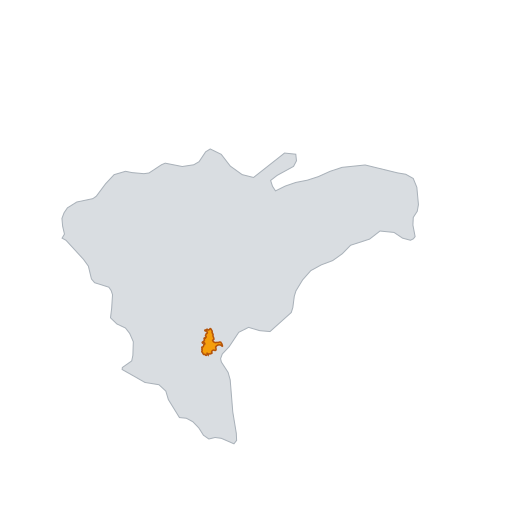 location of Vicente Noble, Barahona, Dominican Republic, rotated 327°
{"feature_id": "3306468B17851422898431", "entity_name": "Vicente Noble", "entity_type": "district", "adm_level": 2, "iso_a3": "DOM", "parent_name": "Dominican Republic", "parent_adm1": "Barahona", "projection": "equal_earth", "projection_center": [-71.08, 18.413], "detail": "fine", "context": "in_parent", "style": "filled", "palette": "amber", "viewbox_px": 512, "rotation_deg": 327, "n_neighbors": 0, "source": "geoboundaries", "source_scale": "gbopen_adm2", "svg_char_len": 5603}
<svg xmlns="http://www.w3.org/2000/svg" viewBox="0 0 512 512"><g transform="rotate(327 256 256)"><path d="M103.8,349.8L104.3,328.7L106.8,320.2L104.5,311.1L94.0,301.6L87.6,289.2L81.9,278.3L83.2,276.7L94.6,276.3L98.6,272.3L106.4,261.1L107.9,252.1L107.3,245.3L102.3,237.2L100.3,228.6L106.5,221.2L114.6,210.3L115.7,206.1L115.6,202.0L106.1,190.5L105.5,185.6L109.9,173.2L109.5,164.9L105.2,139.3L103.1,135.4L107.3,133.3L110.1,125.6L113.7,118.8L118.6,115.2L124.1,112.9L135.1,113.1L150.3,119.0L154.6,118.9L169.2,113.5L181.3,110.5L192.7,113.9L197.4,118.5L206.8,125.9L211.5,128.1L226.4,128.0L230.4,128.7L242.9,140.8L253.5,145.6L259.6,145.9L270.5,141.2L275.9,141.3L282.2,151.8L283.4,166.6L288.7,180.2L296.7,188.8L336.0,185.2L344.8,192.3L341.8,198.2L336.3,201.3L317.6,199.9L309.4,200.6L307.8,206.5L307.8,212.0L318.7,213.3L329.5,216.0L340.4,220.4L351.6,223.4L364.1,225.3L376.4,228.5L397.1,239.1L420.0,263.4L426.1,269.0L430.1,276.6L428.3,286.0L420.2,301.4L415.6,306.3L408.9,309.3L404.4,315.6L400.0,326.4L397.3,327.3L394.1,326.9L388.6,320.8L384.6,311.4L373.6,302.6L360.5,303.7L341.2,298.5L329.6,301.1L317.9,301.6L306.0,299.0L294.0,298.1L282.1,301.4L270.5,307.0L266.2,310.6L258.8,319.3L254.8,322.6L226.6,327.0L218.4,320.6L210.9,311.8L200.0,310.6L184.2,317.4L174.4,319.8L170.4,322.8L169.2,326.1L169.2,338.4L166.9,345.8L151.6,374.1L142.9,394.0L139.3,400.1L135.2,401.5L127.6,390.0L122.8,385.9L116.8,383.8L114.3,377.7L114.4,369.1L112.8,360.7L109.2,354.1L103.8,349.8Z" fill="#d9dde1" stroke="#a8b0b8" stroke-width="1"/><path d="M175.1,290.7L174.7,290.8L174.4,290.8L174.2,290.8L173.9,290.7L173.7,290.6L173.3,290.6L173.2,290.6L172.9,290.4L172.8,290.5L172.6,290.5L172.5,290.8L172.5,291.0L172.6,291.3L172.8,291.5L173.0,291.5L173.4,291.5L173.5,291.5L173.8,291.8L173.8,292.0L173.8,292.3L173.7,292.5L173.6,292.9L173.6,293.4L173.5,293.5L173.5,293.8L173.4,293.9L173.3,294.0L173.2,294.0L172.9,294.2L172.7,294.2L172.4,294.1L172.1,294.0L171.9,294.1L171.5,294.5L171.3,294.6L171.2,294.7L170.8,294.8L170.7,294.9L170.5,295.0L170.4,295.1L170.3,295.4L170.2,295.5L170.3,295.8L170.3,296.1L170.3,296.4L170.2,296.7L170.1,296.8L169.9,296.9L169.6,296.9L169.4,296.9L169.4,297.0L168.9,297.3L168.7,297.4L168.5,297.2L168.4,296.9L168.3,296.7L168.2,296.6L167.9,296.6L167.7,296.7L167.6,296.9L167.5,297.0L167.4,297.1L167.4,297.3L167.3,297.5L167.1,298.0L167.0,298.4L167.0,298.5L166.9,298.6L166.4,298.7L166.2,298.8L165.9,298.9L165.7,299.0L165.4,299.0L164.5,299.0L164.3,299.0L164.1,299.0L163.9,299.1L163.7,299.4L163.7,299.6L163.7,299.8L163.7,300.0L163.8,300.2L163.9,300.3L164.0,300.4L164.3,300.3L164.5,300.1L164.9,300.1L165.0,300.1L165.3,300.3L165.3,300.5L165.5,300.9L165.5,301.1L165.5,301.3L165.4,301.6L165.2,301.8L165.0,302.0L164.9,302.1L164.7,302.2L164.3,302.0L164.2,302.0L163.9,302.0L163.7,302.1L163.4,302.5L163.1,302.7L162.6,303.1L162.5,303.3L162.3,303.3L162.2,303.3L161.8,303.3L161.7,303.2L161.4,303.0L161.2,302.9L160.9,303.0L160.7,303.2L160.6,303.3L160.6,303.5L160.6,303.9L160.5,304.0L160.4,304.3L160.1,304.4L160.0,304.5L159.9,304.6L159.8,304.8L159.7,304.9L159.7,305.5L159.5,305.8L159.2,305.9L159.1,306.0L158.8,306.4L158.5,306.6L158.4,306.8L158.4,307.0L158.4,307.3L158.5,307.6L158.5,307.8L158.6,308.0L158.5,308.3L158.4,308.6L158.4,308.8L158.4,309.0L158.4,309.3L158.4,309.5L158.4,309.8L158.4,310.0L158.5,310.1L158.7,310.3L158.8,310.4L159.0,310.4L159.3,310.5L159.5,310.5L159.7,310.8L159.7,311.0L159.7,311.6L159.7,311.8L159.8,311.9L159.9,312.0L160.0,312.2L160.2,312.3L160.3,312.3L160.5,312.3L160.9,312.3L161.1,312.3L161.3,312.2L161.5,311.7L161.6,311.4L161.7,311.2L161.8,311.1L162.0,310.9L162.1,311.0L162.3,311.2L162.3,311.3L162.3,311.8L162.2,312.9L162.7,312.5L162.8,312.4L163.0,312.4L163.3,312.5L163.7,312.7L164.0,313.0L164.5,313.3L164.8,313.4L165.1,313.4L165.9,313.5L166.2,313.4L166.3,313.4L166.4,313.2L166.3,312.7L166.3,312.4L166.7,312.1L167.0,311.9L167.3,311.7L167.5,311.7L167.9,311.6L168.7,311.6L168.9,311.7L169.0,311.7L169.1,311.8L169.6,312.1L169.8,312.4L170.0,312.7L170.0,312.8L170.2,313.0L170.4,313.1L170.6,313.1L170.9,313.1L171.1,313.1L171.3,313.0L171.4,312.9L171.5,312.8L171.6,312.6L171.7,312.4L171.8,312.2L172.0,311.9L172.1,311.6L172.2,311.3L172.4,310.9L172.5,310.5L172.5,310.4L172.8,310.2L173.2,310.2L173.3,310.1L173.6,310.0L173.8,309.9L174.0,309.9L174.3,309.9L175.1,309.9L175.3,309.9L175.5,309.9L175.6,310.0L175.8,310.1L176.1,310.2L176.5,310.3L176.8,310.5L177.2,310.9L177.5,311.0L177.7,311.3L177.8,311.5L178.1,312.1L178.2,312.4L178.3,312.8L178.4,313.1L178.5,313.3L178.8,313.3L178.9,313.1L179.0,312.9L179.2,312.4L179.3,311.9L179.4,311.4L179.5,311.3L179.5,311.0L179.5,310.6L179.5,309.6L179.5,309.0L179.0,308.6L178.4,308.2L178.2,308.1L177.5,308.1L177.4,308.1L177.2,308.0L176.7,307.6L176.3,307.2L176.1,307.1L175.6,306.9L175.3,306.8L175.2,306.7L174.7,306.6L174.5,306.4L174.4,306.0L174.3,305.9L174.2,305.7L173.9,305.4L173.7,305.0L173.6,304.8L173.6,304.7L173.6,304.4L173.6,304.0L173.6,303.6L173.6,303.4L173.6,303.2L173.8,303.1L174.0,303.0L174.8,303.0L175.0,303.0L175.4,302.9L175.5,302.7L175.7,302.3L175.8,301.9L175.9,301.6L176.0,301.4L176.1,301.2L176.1,300.4L176.2,300.1L176.3,299.8L176.5,299.5L176.5,299.3L176.7,299.1L176.9,298.9L177.1,298.7L177.3,298.3L177.3,297.8L177.4,297.6L177.4,297.3L177.5,297.2L177.4,296.6L177.4,296.4L177.5,296.3L177.6,296.2L178.1,295.5L178.2,295.3L178.3,295.2L178.4,294.8L178.4,294.6L178.4,293.9L178.4,293.6L178.5,293.1L178.5,292.8L178.4,292.4L178.3,292.1L178.2,292.0L178.0,291.9L177.9,291.9L177.8,292.0L177.6,292.1L177.4,292.2L177.2,292.2L176.8,292.2L176.3,292.2L176.1,292.2L175.9,292.2L175.7,292.1L175.6,291.9L175.4,291.7L175.3,291.3L175.2,291.0L175.1,290.7Z" fill="#f59e0b" stroke="#b45309" stroke-width="1.5"/></g></svg>